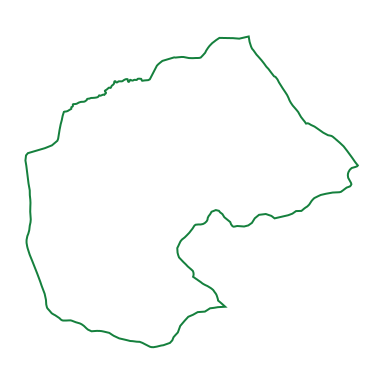 outline of Lao Ngarm, Saravan, Laos, rotated 269°
{"feature_id": "54806243B99533755262624", "entity_name": "Lao Ngarm", "entity_type": "district", "adm_level": 2, "iso_a3": "LAO", "parent_name": "Laos", "parent_adm1": "Saravan", "projection": "natural_earth1", "projection_center": [106.182, 15.455], "detail": "fine", "context": "isolated", "style": "outline", "palette": "green", "viewbox_px": 384, "rotation_deg": 269, "n_neighbors": 0, "source": "geoboundaries", "source_scale": "gbopen_adm2", "svg_char_len": 5855}
<svg xmlns="http://www.w3.org/2000/svg" viewBox="0 0 384 384"><g transform="rotate(269 192 192)"><path d="M173.4,303.8L174.4,305.2L175.5,307.0L177.4,309.0L180.8,311.3L182.4,312.7L183.8,314.2L185.6,318.0L186.8,320.7L187.9,325.9L189.0,332.7L189.2,339.4L189.6,341.0L193.7,346.7L194.4,348.8L194.9,350.1L195.8,350.9L197.0,351.5L198.4,351.1L201.6,349.4L203.5,348.4L205.9,348.1L207.7,348.3L209.2,348.8L211.5,350.2L213.2,352.1L214.2,355.8L214.9,357.7L215.7,358.3L216.5,357.6L219.0,355.7L223.5,352.7L230.3,347.9L235.0,344.4L238.8,340.5L244.6,334.0L245.6,332.5L246.1,330.5L246.4,329.0L249.0,324.3L253.6,318.0L255.3,315.6L257.0,312.1L258.2,310.2L258.7,309.0L258.4,307.2L260.4,305.9L262.3,304.4L265.1,302.3L268.0,300.7L270.1,299.6L271.9,298.2L273.5,296.9L276.7,294.2L279.6,292.3L281.9,291.1L284.5,290.1L287.3,288.8L290.2,287.0L293.9,284.6L297.2,282.6L300.0,280.9L303.1,279.4L305.6,277.5L306.3,276.0L310.2,273.1L313.7,270.6L316.0,268.5L319.2,266.3L322.5,263.8L326.4,260.5L328.2,258.9L332.6,255.9L334.3,254.5L336.4,253.6L341.1,252.2L346.5,251.4L344.5,241.9L345.1,235.8L345.6,222.1L343.4,218.7L341.9,216.7L340.5,214.8L337.8,212.1L335.8,210.5L333.0,208.6L331.0,207.6L328.4,205.2L326.3,203.1L325.9,201.5L325.9,198.0L325.8,194.7L326.0,191.2L327.1,186.0L327.2,184.2L326.9,180.0L326.7,177.9L326.9,176.5L323.6,164.7L321.7,162.2L320.3,160.5L318.9,159.1L305.4,151.8L304.6,150.1L304.5,148.2L304.4,146.7L304.3,145.8L304.1,144.4L304.1,144.1L304.3,143.9L304.6,143.7L305.5,143.4L305.9,143.2L306.0,143.1L306.0,142.8L306.1,142.5L306.1,142.1L306.2,141.6L306.2,140.9L306.2,140.2L306.1,139.8L305.9,139.5L305.7,139.4L305.4,139.1L305.1,138.8L305.1,138.5L305.0,138.4L305.0,138.2L305.0,137.7L305.1,137.2L305.2,136.9L305.2,136.6L305.1,136.4L305.0,135.8L304.6,135.1L304.5,134.8L304.5,134.5L304.5,134.3L304.5,134.0L304.6,133.8L304.7,133.5L305.2,132.5L305.2,132.2L304.9,131.8L304.7,131.8L304.2,131.6L303.9,131.4L303.6,131.2L303.4,131.0L303.3,130.9L303.2,130.6L303.3,130.3L303.4,130.2L303.7,130.0L304.0,129.9L304.3,129.8L305.6,129.6L305.9,129.5L306.0,129.1L306.0,128.9L306.0,128.6L306.0,128.2L305.8,127.4L305.6,126.9L305.4,126.5L305.0,125.7L304.3,124.8L304.1,124.4L304.0,124.1L303.9,123.9L303.9,123.6L303.9,123.1L303.9,121.4L303.9,121.1L303.9,120.8L303.8,120.6L303.8,120.3L303.6,120.1L303.1,119.4L303.0,119.2L302.9,118.9L302.9,118.5L302.9,118.2L303.2,117.9L303.8,117.5L304.0,117.4L304.1,117.0L304.1,116.8L304.0,116.5L303.9,116.4L303.7,116.3L303.3,116.2L302.3,116.0L301.9,115.9L301.6,115.8L301.3,115.6L301.0,115.3L300.7,115.0L300.3,114.6L299.9,114.0L299.7,113.7L298.9,113.2L297.9,112.8L297.6,112.5L297.5,112.2L297.7,111.3L297.8,110.9L297.7,110.7L297.2,110.0L296.8,109.6L296.6,109.3L296.2,108.9L295.7,108.2L295.1,107.1L294.9,107.0L294.7,106.7L294.4,106.7L294.0,106.8L293.8,106.9L293.6,107.1L293.1,107.6L292.8,107.7L292.5,107.7L292.3,107.5L291.9,107.3L291.7,107.0L291.5,106.7L291.1,106.4L290.7,106.1L290.6,105.9L290.7,105.7L290.9,105.4L290.9,104.8L290.8,104.6L290.3,103.3L290.1,102.8L289.9,102.3L289.9,101.9L290.0,101.7L290.2,101.3L290.2,100.9L290.1,100.7L289.2,100.2L288.9,99.9L288.7,99.6L288.5,99.3L288.4,98.9L288.3,98.6L288.2,98.3L288.0,96.9L287.9,96.0L287.8,94.1L287.8,93.3L287.8,92.9L287.7,92.5L287.6,92.2L287.5,91.8L287.2,91.2L287.1,90.3L287.1,89.7L286.9,89.1L286.8,88.9L286.7,88.7L286.3,88.5L285.8,88.3L285.6,88.2L285.4,87.9L285.3,87.7L285.1,87.4L285.0,87.2L284.6,86.7L284.4,86.4L284.3,86.1L284.2,85.6L284.1,84.7L284.1,83.2L284.0,82.8L284.0,82.3L283.7,81.4L283.5,80.6L283.3,80.3L283.1,79.8L282.5,78.8L282.4,78.5L282.1,77.6L282.1,77.2L282.0,76.8L281.9,75.1L281.9,74.9L281.7,74.5L281.5,74.4L281.3,74.4L281.0,74.4L280.4,74.4L280.2,74.4L279.8,74.3L279.6,74.1L279.3,73.7L279.0,73.1L278.8,72.8L278.5,72.8L277.9,72.8L277.2,72.7L276.8,72.0L276.4,71.2L275.5,69.7L275.2,69.2L274.9,68.4L274.8,68.0L274.7,67.4L274.6,66.3L274.6,66.0L274.5,65.8L274.3,65.3L270.4,64.0L265.9,63.0L262.1,61.9L256.6,60.7L247.6,59.1L245.6,58.3L241.1,52.8L238.4,45.7L233.7,28.6L231.5,26.7L226.4,26.0L221.1,26.8L203.3,28.7L196.5,29.8L191.7,29.8L187.2,30.2L183.9,30.3L180.1,30.1L175.1,29.9L167.4,30.3L164.5,30.0L161.1,29.2L156.6,28.6L153.2,27.6L150.8,26.6L147.2,25.8L145.9,25.7L144.0,25.7L142.1,26.0L140.2,26.3L138.5,26.7L132.2,28.6L125.2,31.3L113.2,35.8L105.0,38.7L100.9,40.0L92.8,42.9L86.7,44.1L82.1,44.3L79.4,44.9L78.2,45.4L75.9,47.4L73.2,49.6L72.1,51.3L71.1,53.1L68.1,57.4L67.2,58.2L66.5,59.0L65.9,60.1L65.7,61.2L65.7,64.2L65.8,68.1L65.5,69.4L63.8,73.6L62.6,77.5L61.7,79.3L60.0,81.6L57.5,84.1L56.2,85.6L54.5,89.1L54.7,92.5L54.8,94.4L54.7,97.2L54.5,99.0L54.1,100.9L52.6,106.8L51.0,109.1L49.6,111.2L46.9,116.7L46.2,119.6L45.7,121.6L44.8,125.1L44.1,127.6L43.9,130.1L43.3,134.0L43.1,137.1L42.0,139.8L40.7,142.2L38.0,147.3L37.6,148.8L37.5,150.8L38.0,154.1L39.0,158.4L39.3,160.7L41.5,167.3L44.0,169.7L47.1,171.0L49.0,172.7L51.8,175.4L58.3,177.9L63.4,182.4L67.3,186.1L69.2,190.8L71.8,195.6L72.2,202.8L73.7,205.3L75.4,208.0L75.8,211.9L76.4,215.9L76.7,223.2L79.6,220.1L81.3,218.2L83.0,216.2L84.4,216.0L85.5,215.7L87.2,215.2L88.4,214.8L89.3,214.4L90.3,213.8L91.2,213.1L93.6,211.5L94.5,210.5L95.6,209.1L97.7,205.8L98.5,204.1L99.3,202.6L100.4,200.8L101.6,199.4L107.2,191.6L108.0,191.9L109.8,192.2L111.5,192.0L113.0,191.5L114.2,190.3L117.7,186.4L119.7,184.6L122.4,181.9L125.8,178.8L126.8,177.9L129.1,177.1L131.6,176.5L136.2,176.3L138.1,177.3L140.8,178.6L142.8,179.6L144.6,181.1L146.7,183.9L148.6,185.9L151.2,188.5L155.4,191.9L158.3,193.8L159.2,195.0L159.4,197.2L159.4,200.2L159.8,202.4L160.7,204.2L162.4,206.1L164.0,207.0L165.8,207.3L167.6,208.2L169.4,209.7L171.9,211.2L173.5,215.5L172.7,218.6L171.2,219.7L169.4,222.0L166.2,223.9L161.3,229.7L159.0,230.5L157.1,231.9L156.6,233.0L156.7,234.1L157.1,235.9L157.2,236.9L156.6,243.5L157.6,247.7L160.1,251.4L164.6,254.3L168.0,258.6L168.7,265.4L166.7,271.0L164.2,274.1L165.7,281.2L167.1,287.8L168.6,292.0L171.1,295.7L171.2,301.1L173.4,303.8Z" fill="none" stroke="#15803d" stroke-width="2"/></g></svg>